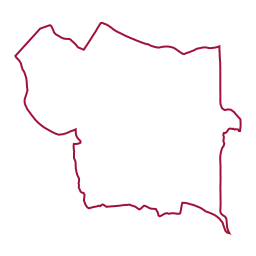 the district of Dang Tong, Kâmpôt, Cambodia
{"feature_id": "14789045B85539457385801", "entity_name": "Dang Tong", "entity_type": "district", "adm_level": 2, "iso_a3": "KHM", "parent_name": "Cambodia", "parent_adm1": "Kâmpôt", "projection": "natural_earth1", "projection_center": [104.44, 10.699], "detail": "fine", "context": "isolated", "style": "outline", "palette": "rose", "viewbox_px": 256, "rotation_deg": 0, "n_neighbors": 0, "source": "geoboundaries", "source_scale": "gbopen_adm2", "svg_char_len": 4039}
<svg xmlns="http://www.w3.org/2000/svg" viewBox="0 0 256 256"><path d="M219.4,46.3L218.1,46.8L216.9,47.2L214.9,47.6L212.8,47.9L210.4,48.2L208.7,48.0L208.2,47.9L205.5,47.3L204.3,47.4L203.0,47.5L202.3,47.6L200.9,47.9L200.0,48.1L198.6,48.4L196.9,48.7L195.9,49.2L194.2,50.2L191.9,51.1L190.9,51.5L189.2,52.2L188.2,52.5L186.5,53.1L184.2,54.0L182.7,53.8L180.7,52.6L178.2,50.8L176.6,49.6L173.8,47.9L172.8,47.5L170.1,46.8L167.6,46.5L164.6,46.6L162.6,46.8L160.7,47.2L158.7,47.6L157.5,47.5L155.9,47.2L153.6,46.6L150.6,45.6L147.8,44.1L146.6,44.1L143.9,43.3L140.7,42.1L138.4,41.2L136.3,40.4L133.4,39.1L130.8,38.2L128.6,37.1L127.7,36.8L124.1,35.1L121.6,33.8L118.0,32.1L117.4,31.8L115.9,31.0L114.4,30.0L113.2,29.3L112.0,28.2L110.2,26.9L107.9,25.3L105.6,24.2L102.9,23.2L101.7,22.8L100.7,23.1L99.9,24.4L97.9,27.5L95.8,31.2L93.1,35.3L90.4,39.6L88.1,43.2L85.8,46.6L84.7,48.1L84.3,49.3L83.7,49.7L78.2,47.4L77.4,46.7L76.7,45.8L76.2,45.0L75.4,44.1L74.4,43.2L73.7,42.5L72.7,41.6L71.6,40.7L70.7,39.7L69.4,39.0L67.3,38.9L64.2,38.7L63.5,38.5L62.2,37.9L61.1,37.5L59.8,36.6L58.3,35.7L56.5,34.8L55.3,33.8L54.3,32.7L53.9,32.0L53.6,31.2L53.0,29.5L51.2,25.9L49.9,25.2L40.2,28.6L15.4,55.9L16.2,57.5L19.1,60.4L21.0,63.6L21.5,66.0L21.8,67.1L22.7,69.7L24.0,71.6L24.9,73.8L26.2,77.9L26.7,81.7L27.0,86.9L27.5,90.2L26.3,94.4L25.2,97.7L24.6,99.7L24.7,103.1L25.5,105.4L26.6,107.6L27.2,109.0L31.8,115.3L35.4,119.9L38.1,122.6L38.7,123.2L41.9,125.8L45.2,128.1L48.8,130.1L51.6,131.7L55.7,133.7L58.9,134.7L63.1,134.2L66.8,133.1L70.2,131.5L73.8,130.2L75.7,129.3L75.7,131.6L76.0,134.3L76.7,136.7L78.7,139.3L80.4,141.0L80.5,142.7L78.5,143.6L76.0,144.0L73.9,143.9L73.6,145.4L73.8,149.7L74.2,151.4L74.0,153.1L74.0,158.1L75.5,161.5L75.6,163.8L75.8,168.3L76.5,172.2L77.3,175.0L78.8,178.1L79.1,179.5L79.0,181.2L78.6,183.2L79.0,185.2L78.7,187.3L79.1,188.1L79.3,188.7L80.7,191.8L82.3,192.8L83.5,192.9L84.6,195.0L84.2,198.0L83.9,200.4L85.6,204.9L87.1,207.1L88.8,208.3L93.6,207.0L96.5,206.5L99.0,205.7L100.1,206.2L101.5,205.0L102.6,204.5L103.9,205.0L106.4,206.8L109.5,206.5L115.1,206.1L119.4,205.7L123.6,205.1L126.2,205.0L129.3,204.6L132.2,205.7L135.4,206.7L137.0,207.9L139.1,209.4L139.8,209.2L140.9,208.6L142.3,207.2L143.7,205.9L145.3,205.9L147.2,206.9L149.2,208.0L151.3,208.7L154.4,208.9L156.0,209.1L156.5,210.3L157.7,212.3L158.1,213.5L158.4,215.3L159.4,216.2L160.0,216.3L162.2,215.1L164.7,213.7L167.2,213.1L168.8,213.8L170.9,213.4L172.8,213.2L175.4,213.5L177.7,213.8L179.9,213.6L180.4,212.5L181.1,209.0L181.3,207.4L181.9,204.7L182.3,202.8L185.5,202.9L188.4,203.6L191.0,204.4L193.3,204.9L195.7,205.9L198.7,207.1L200.4,207.8L203.9,210.0L205.6,211.4L207.3,211.9L210.2,213.0L211.3,213.5L214.2,214.8L217.0,216.6L219.6,218.9L222.6,222.6L223.7,226.2L225.4,230.8L227.1,232.6L229.4,233.2L228.8,232.1L228.0,230.2L227.5,228.9L227.2,227.4L227.0,226.1L226.8,223.8L226.7,222.0L226.5,219.7L225.8,217.6L224.8,216.5L223.0,215.3L221.4,214.0L220.8,213.2L220.3,211.2L220.4,208.6L220.6,204.8L220.6,201.0L220.5,197.4L220.5,193.7L220.4,189.8L220.4,187.0L220.5,183.5L220.5,181.5L220.6,178.7L220.5,175.6L220.5,173.1L220.5,170.6L220.5,169.2L220.5,167.7L220.5,165.9L220.4,163.7L220.3,161.2L220.2,159.0L220.2,157.9L220.4,155.7L220.5,154.7L220.6,154.0L220.8,152.9L221.0,152.0L221.2,151.2L221.5,150.1L221.8,149.0L222.3,147.9L223.7,145.8L224.2,143.7L224.1,142.9L223.4,141.3L223.6,139.5L223.7,138.8L223.8,137.9L223.9,137.1L223.6,136.0L223.3,135.2L223.5,134.4L223.5,133.6L223.9,132.9L224.8,133.0L225.5,132.9L226.1,132.5L226.5,132.0L227.2,131.4L227.7,130.5L228.0,130.0L228.6,129.2L229.4,128.7L230.4,128.6L231.8,128.8L232.6,129.0L233.3,128.7L234.1,129.3L234.6,129.6L235.2,129.3L236.0,129.2L236.7,129.3L237.6,129.5L238.2,129.5L238.7,130.2L239.0,131.1L240.0,131.0L240.1,130.1L240.3,128.7L240.6,125.9L240.6,123.4L240.4,119.3L238.6,117.3L235.9,114.4L234.1,112.1L230.8,109.7L227.7,109.4L225.1,110.1L223.4,109.3L221.9,108.0L220.6,104.6L220.3,101.1L220.4,96.5L220.3,88.2L220.3,85.1L220.3,66.8L220.2,65.3L220.2,62.2L219.9,59.3L219.7,55.9L219.6,52.1L219.5,51.1L219.4,48.7L219.4,46.3Z" fill="none" stroke="#9f1239" stroke-width="2"/></svg>